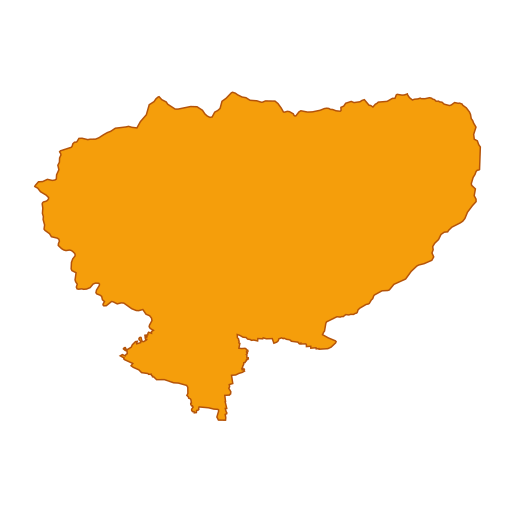 Lan Saka, Nakhon Si Thammarat, Thailand (Natural Earth projection), rotated 91°
{"feature_id": "78962969B56259094306641", "entity_name": "Lan Saka", "entity_type": "district", "adm_level": 2, "iso_a3": "THA", "parent_name": "Thailand", "parent_adm1": "Nakhon Si Thammarat", "projection": "natural_earth1", "projection_center": [99.81, 8.377], "detail": "fine", "context": "isolated", "style": "filled", "palette": "amber", "viewbox_px": 512, "rotation_deg": 91, "n_neighbors": 0, "source": "geoboundaries", "source_scale": "gbopen_adm2", "svg_char_len": 6067}
<svg xmlns="http://www.w3.org/2000/svg" viewBox="0 0 512 512"><g transform="rotate(91 256 256)"><path d="M130.7,398.9L133.9,403.5L135.2,406.8L137.4,410.5L140.6,415.3L142.0,418.6L142.1,423.8L142.6,426.2L141.3,432.0L141.5,435.1L144.8,437.0L145.3,437.8L145.4,439.5L147.0,441.1L149.6,441.8L150.5,442.5L154.2,453.3L155.2,454.2L157.2,453.0L158.4,452.8L161.4,454.1L165.7,454.2L168.7,455.7L173.2,454.6L178.3,456.8L182.6,457.0L183.6,458.5L184.0,461.0L183.0,465.9L185.3,470.6L185.6,474.8L189.4,478.0L190.4,478.4L192.0,475.4L195.5,472.6L198.7,467.0L201.2,464.4L202.7,464.5L204.0,465.5L204.8,466.6L205.7,469.5L206.5,470.3L207.6,470.7L211.9,470.0L217.1,470.3L220.2,469.3L223.2,469.5L228.7,467.9L232.8,468.4L234.1,467.4L237.3,462.8L240.3,460.9L241.6,455.0L242.6,453.5L244.5,452.8L247.2,453.8L248.9,453.9L252.0,450.6L253.3,448.4L253.9,446.1L253.3,442.6L253.6,441.1L254.5,439.5L256.6,437.3L258.1,436.8L259.2,437.0L262.1,439.2L265.6,440.4L272.1,440.6L273.8,439.8L275.9,435.6L283.0,436.5L284.9,435.9L287.3,434.2L290.2,435.1L292.0,434.3L292.3,432.8L291.9,429.7L292.3,427.7L292.0,424.8L290.5,421.3L286.8,418.3L285.9,415.9L286.0,412.8L286.8,412.0L288.1,412.1L292.9,414.9L295.5,415.4L296.7,414.5L297.9,411.2L299.1,409.6L302.4,408.8L304.2,406.7L306.8,408.1L307.6,408.1L308.5,407.3L308.3,404.8L304.0,399.6L304.3,398.0L306.3,393.9L305.2,389.9L305.4,387.3L310.9,379.3L312.6,374.8L312.7,372.4L311.5,368.2L316.1,365.0L317.6,361.3L319.9,359.4L322.4,358.9L327.0,361.3L328.6,361.6L330.3,360.5L332.1,357.3L333.4,359.2L335.1,359.1L334.1,362.0L335.1,362.7L336.7,362.8L337.2,365.7L338.3,365.5L338.4,363.6L339.0,363.7L339.7,365.4L341.1,365.0L341.3,363.8L341.8,364.0L343.5,366.7L343.6,367.6L342.9,368.6L339.5,369.5L339.3,370.3L339.7,371.1L341.0,371.7L343.8,369.6L344.6,369.8L345.9,373.7L345.2,373.9L343.4,373.2L343.7,375.0L346.9,378.1L349.3,379.1L351.8,383.0L351.0,385.0L349.9,385.0L349.9,385.8L350.8,386.9L351.3,386.9L352.7,385.1L353.3,383.3L355.9,383.0L356.8,384.3L358.1,385.0L356.9,387.9L358.2,390.0L360.3,386.1L361.2,386.4L362.0,385.5L365.6,377.3L367.9,379.0L369.4,376.9L371.9,371.1L374.6,368.4L375.4,362.0L376.2,361.3L376.0,358.6L377.3,358.4L377.7,357.4L378.6,357.3L378.7,356.1L381.4,353.2L381.2,345.4L384.2,336.2L384.4,331.4L386.6,323.1L388.5,321.9L394.6,321.7L396.6,322.7L398.0,321.2L399.3,320.8L400.0,319.1L400.8,318.6L404.1,318.0L404.4,318.7L405.6,318.6L407.0,317.7L406.8,317.0L408.3,316.3L410.3,317.7L411.6,317.6L412.7,316.7L412.7,315.2L413.9,315.0L413.6,312.9L411.5,312.7L411.1,311.2L410.4,310.5L409.3,310.7L407.9,310.2L408.6,300.7L409.8,295.5L410.0,291.6L410.4,290.8L411.9,290.7L417.7,292.3L420.7,290.7L420.7,283.6L418.2,283.4L414.9,284.0L414.2,282.5L413.1,282.5L412.1,283.2L409.0,284.0L408.9,282.6L402.2,284.3L402.0,283.9L395.9,284.8L395.5,280.1L394.9,279.9L394.4,279.0L392.2,278.8L388.7,280.9L387.2,280.1L385.0,280.5L383.9,277.0L375.7,278.4L375.3,274.2L373.7,271.1L372.6,267.7L371.3,265.5L370.4,266.1L369.9,265.8L369.7,266.4L369.1,266.2L369.1,267.2L370.0,267.5L370.0,267.9L368.7,268.2L367.2,267.3L366.4,267.4L364.9,266.5L362.9,266.3L362.7,265.1L361.5,264.6L361.2,264.0L359.7,263.7L359.8,262.7L359.0,261.9L357.9,262.0L358.1,263.1L357.7,263.4L355.1,263.4L354.7,263.9L353.5,263.0L353.0,263.4L352.6,263.0L352.0,263.8L351.1,263.1L351.1,262.4L350.3,262.7L349.9,263.9L348.8,264.5L348.5,265.5L348.8,268.8L348.5,271.5L343.7,270.6L343.2,271.6L341.3,271.4L340.7,271.9L339.4,271.9L338.0,273.2L334.8,273.4L335.6,270.9L337.4,267.6L337.7,264.4L339.2,263.0L339.7,260.0L340.4,259.3L340.1,256.7L340.9,252.9L338.5,252.7L338.7,247.8L337.7,247.4L338.6,244.2L338.3,238.3L342.9,236.6L341.8,233.8L340.4,232.3L338.4,231.7L337.4,229.0L338.2,227.4L337.7,226.6L338.8,223.9L339.1,221.5L339.7,219.9L340.6,219.3L341.4,212.6L342.8,211.4L342.4,209.9L343.2,210.2L343.0,204.8L343.6,204.1L345.7,204.0L345.3,199.7L347.2,199.6L346.7,194.4L347.8,194.2L347.5,191.4L348.1,191.3L347.4,182.6L345.8,179.3L341.5,174.9L340.2,174.4L339.4,175.2L336.6,182.3L333.5,188.1L330.9,187.0L329.9,186.2L322.1,185.0L320.6,184.3L315.3,174.0L315.6,170.7L315.0,169.1L315.1,167.8L313.0,165.2L313.3,162.2L312.7,160.3L312.7,157.4L311.8,156.1L311.3,154.4L310.4,153.7L308.2,153.1L306.4,151.4L302.5,145.0L302.0,142.8L301.4,141.9L297.9,139.9L296.7,138.6L293.8,137.6L292.9,136.9L288.6,129.4L288.2,123.7L287.6,122.1L281.9,117.6L276.4,106.0L268.7,100.6L263.3,95.1L262.2,93.2L260.7,87.7L257.2,80.1L253.8,78.3L249.9,80.1L246.7,79.0L243.5,79.5L240.2,77.6L236.4,73.8L231.2,71.4L228.9,68.2L228.5,64.8L227.0,63.9L223.7,60.6L219.3,52.3L217.6,49.9L214.9,47.8L208.5,45.3L201.9,40.5L197.8,36.9L195.3,37.0L191.9,38.9L185.1,37.8L181.6,41.6L179.9,42.0L173.7,40.3L170.7,38.5L167.6,37.4L166.4,36.3L166.1,34.6L165.6,34.0L143.1,33.6L140.7,35.3L137.0,36.7L135.4,39.8L130.6,40.5L123.3,38.3L119.2,40.8L116.9,41.7L114.9,43.2L110.7,44.0L108.3,45.1L104.2,48.3L101.7,51.9L100.5,52.6L99.6,55.1L99.8,56.6L99.1,60.1L101.6,63.4L102.2,65.2L100.9,70.5L99.0,72.7L98.7,75.1L98.0,76.1L98.1,78.6L96.5,80.3L96.0,82.3L95.2,83.1L94.7,85.2L95.8,89.9L95.8,93.6L95.3,94.6L96.1,96.8L96.5,100.4L97.3,102.3L95.0,105.3L92.2,107.3L91.3,107.5L92.4,110.5L92.6,112.8L91.9,117.6L92.4,118.5L95.9,119.8L96.0,122.3L99.1,127.6L100.0,136.4L101.4,137.9L102.1,139.3L105.0,141.7L103.5,144.0L103.3,145.6L97.8,150.4L98.6,152.7L100.0,154.8L100.9,160.7L99.8,163.5L101.7,169.0L104.6,170.9L105.9,173.7L109.0,173.5L109.8,174.3L109.4,178.6L108.2,181.9L108.1,184.2L107.2,185.8L107.0,187.9L107.4,190.2L109.2,194.5L110.9,202.1L111.2,206.9L110.0,213.7L111.2,215.6L115.1,218.5L115.4,219.4L114.8,220.4L113.2,221.2L111.1,225.0L110.8,227.2L111.7,230.0L111.5,231.1L107.6,233.4L103.2,236.7L100.8,239.7L100.8,249.3L102.1,252.2L102.2,253.3L100.8,257.9L100.4,264.7L97.9,268.8L97.3,272.7L95.1,277.3L93.6,279.4L92.7,282.3L93.3,283.5L98.8,288.6L101.9,292.7L109.1,294.5L111.2,296.8L112.9,299.8L117.8,302.3L118.2,304.5L116.9,307.2L114.8,309.6L111.2,312.1L107.8,317.6L107.7,324.0L110.5,336.6L110.5,339.4L105.8,346.9L103.5,348.5L101.3,353.0L98.4,355.7L98.7,356.6L100.5,358.7L103.4,360.6L106.6,365.4L116.7,368.1L123.6,373.9L130.0,377.3L129.5,382.4L128.6,385.7L129.2,388.1L130.7,398.9Z" fill="#f59e0b" stroke="#b45309" stroke-width="1.5"/></g></svg>